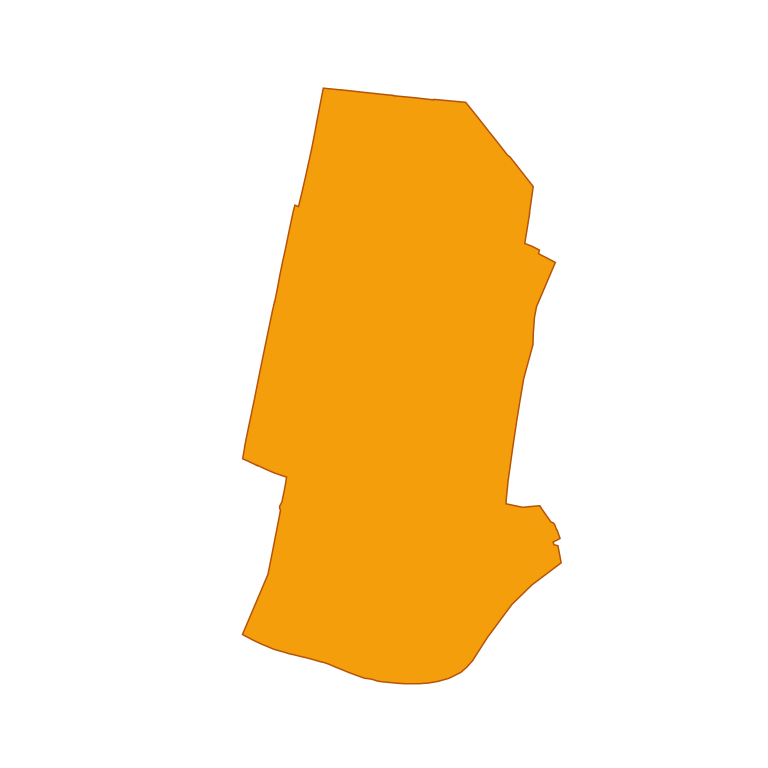 Tichilesti, Braila, Romania, rotated 77°
{"feature_id": "2599482B652053603883", "entity_name": "Tichilesti", "entity_type": "district", "adm_level": 2, "iso_a3": "ROU", "parent_name": "Romania", "parent_adm1": "Braila", "projection": "natural_earth1", "projection_center": [27.899, 45.141], "detail": "fine", "context": "isolated", "style": "filled", "palette": "amber", "viewbox_px": 768, "rotation_deg": 77, "n_neighbors": 0, "source": "geoboundaries", "source_scale": "gbopen_adm2", "svg_char_len": 2336}
<svg xmlns="http://www.w3.org/2000/svg" viewBox="0 0 768 768"><g transform="rotate(77 384 384)"><path d="M596.3,578.3L601.3,572.4L602.8,570.7L604.2,569.1L606.5,566.2L609.8,562.0L613.6,556.6L617.5,551.3L620.2,546.5L622.6,542.0L624.6,538.6L625.8,536.6L627.7,532.4L630.3,527.4L633.2,521.4L635.3,517.5L636.6,515.0L638.5,511.7L640.1,508.8L642.2,504.6L643.9,501.9L646.3,498.4L648.7,495.3L650.9,492.1L654.1,487.5L656.7,483.9L661.6,476.5L666.3,469.2L668.7,462.7L672.0,457.1L673.4,453.7L676.6,444.2L678.8,437.6L680.9,430.5L684.0,416.9L685.4,407.5L685.9,398.5L685.4,387.1L683.6,379.5L682.3,374.1L678.7,367.3L673.5,359.9L666.2,352.5L653.8,339.8L650.3,335.6L638.6,322.0L627.5,308.9L616.5,290.8L612.9,284.8L605.5,268.2L598.1,251.6L583.4,251.0L580.7,250.9L578.9,254.5L576.1,254.8L574.1,247.2L565.4,248.2L564.1,248.7L563.0,248.9L561.2,249.1L559.6,249.3L558.2,249.8L557.2,250.6L556.0,252.4L541.1,258.4L537.7,259.6L537.0,264.1L535.3,276.8L528.2,292.0L524.3,291.0L523.5,290.7L506.4,284.9L475.3,273.0L451.1,263.5L431.0,255.3L410.3,246.7L399.6,241.0L379.2,230.0L367.3,226.9L363.7,225.7L353.9,222.7L350.8,221.5L344.8,218.8L343.1,218.1L304.1,189.7L291.8,204.1L288.5,202.4L283.5,208.3L278.7,215.2L250.0,203.5L249.9,203.7L249.1,203.4L225.2,194.2L191.2,210.1L189.0,212.1L172.2,219.9L162.0,224.8L157.3,227.0L143.9,233.3L140.8,234.8L130.7,239.7L127.9,241.1L127.2,243.2L120.3,264.1L117.9,271.3L118.4,271.5L111.9,289.9L105.3,309.8L105.0,309.7L102.6,316.9L100.6,322.7L96.7,333.9L94.9,339.1L94.0,341.7L90.9,350.5L82.1,376.6L94.0,381.9L112.9,390.3L124.5,395.3L138.8,401.7L164.3,413.8L177.7,420.3L177.9,420.4L190.7,426.8L191.9,427.4L189.7,430.6L192.6,432.1L195.0,433.4L200.3,435.9L205.5,438.3L212.8,441.7L215.2,442.8L226.6,448.0L234.1,451.5L241.6,455.1L255.4,461.4L260.8,463.7L267.6,466.7L279.4,472.0L279.2,472.2L284.9,474.9L286.0,475.5L316.6,489.6L343.5,501.9L360.8,509.7L367.1,512.5L386.2,521.3L393.9,524.9L398.3,526.9L402.9,529.0L407.4,531.1L410.9,532.6L413.8,534.0L413.9,533.8L421.4,537.0L423.3,537.8L425.1,538.5L425.8,537.6L428.1,534.4L431.3,530.5L433.1,528.2L435.2,525.7L434.8,525.5L438.4,521.0L441.6,516.9L446.0,510.9L451.1,502.7L452.7,499.9L459.1,502.4L464.6,504.8L475.7,509.9L478.2,511.9L479.6,513.2L481.8,513.6L483.8,513.3L493.8,517.7L508.8,524.4L527.9,532.9L535.6,536.4L543.4,539.9L596.3,578.3Z" fill="#f59e0b" stroke="#b45309" stroke-width="1.5"/></g></svg>